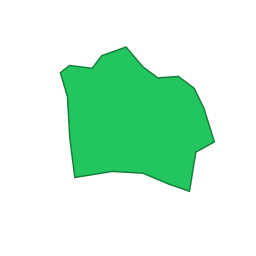 outline of Székesfehérvár, rotated 307°
{"feature_id": "HUN-4908", "entity_name": "Székesfehérvár", "entity_type": "Urban county", "adm_level": 1, "iso_a3": "HUN", "parent_name": "Hungary", "parent_adm1": "", "projection": "robinson", "projection_center": [18.479, 47.186], "detail": "fine", "context": "isolated", "style": "filled", "palette": "green", "viewbox_px": 256, "rotation_deg": 307, "n_neighbors": 0, "source": "natural_earth", "source_scale": "10m", "svg_char_len": 400}
<svg xmlns="http://www.w3.org/2000/svg" viewBox="0 0 256 256"><g transform="rotate(307 128 128)"><path d="M131.4,40.8L142.8,43.7L154.1,63.5L170.0,63.5L191.5,77.7L185.8,103.2L185.9,121.6L199.5,137.2L199.5,157.1L189.3,176.9L168.9,205.3L149.6,196.7L114.4,215.2L107.6,193.9L100.8,167.0L83.8,141.5L56.5,115.3L84.9,87.6L116.7,60.7L131.4,40.8Z" fill="#22c55e" stroke="#15803d" stroke-width="1.5"/></g></svg>